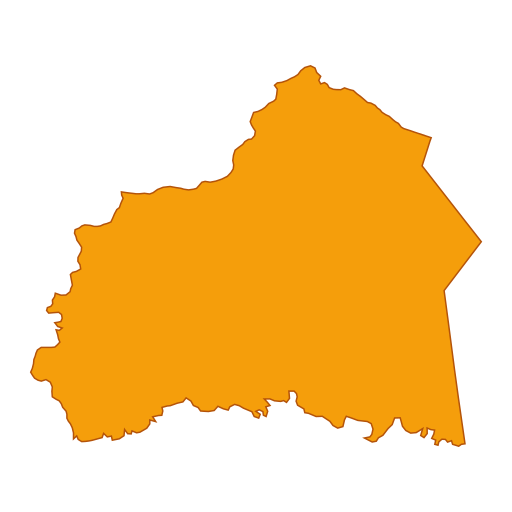 Feira da Mata, Bahia, Brazil
{"feature_id": "56859067B33620319124812", "entity_name": "Feira da Mata", "entity_type": "district", "adm_level": 2, "iso_a3": "BRA", "parent_name": "Brazil", "parent_adm1": "Bahia", "projection": "orthographic", "projection_center": [-44.283, -14.106], "detail": "fine", "context": "isolated", "style": "filled", "palette": "amber", "viewbox_px": 512, "rotation_deg": 0, "n_neighbors": 0, "source": "geoboundaries", "source_scale": "gbopen_adm2", "svg_char_len": 3889}
<svg xmlns="http://www.w3.org/2000/svg" viewBox="0 0 512 512"><path d="M401.2,127.1L398.4,123.4L395.5,121.8L392.8,119.6L389.3,116.4L385.7,114.7L382.0,112.3L379.9,109.7L377.4,108.0L375.2,105.4L370.9,103.1L367.5,102.5L364.2,99.6L360.8,96.7L356.9,93.8L353.4,90.6L349.4,89.6L344.5,87.9L340.8,89.7L336.5,89.6L333.3,89.3L329.1,87.6L327.3,84.4L324.5,82.6L320.7,83.9L318.8,80.3L320.7,76.3L316.7,72.5L315.0,68.0L310.5,65.8L304.8,67.5L300.8,70.7L298.0,74.5L294.5,76.8L291.1,78.3L286.9,80.6L281.8,82.3L277.3,82.9L274.5,85.3L277.3,89.1L276.7,94.4L275.8,99.2L273.6,101.2L268.8,103.5L265.2,107.3L262.0,109.5L258.1,111.4L253.6,112.5L251.9,117.1L250.2,121.6L251.5,124.9L253.3,128.0L255.4,131.1L254.6,135.7L251.5,139.1L248.4,139.4L244.9,141.6L242.8,144.4L238.7,147.4L235.1,150.2L233.5,155.2L232.8,160.5L233.7,165.0L233.2,169.0L231.0,172.5L227.4,176.3L221.8,179.1L215.9,181.1L210.2,182.2L205.1,181.4L201.9,182.2L198.9,185.7L196.5,188.4L193.5,189.2L188.6,189.9L183.8,189.2L180.9,188.3L176.1,187.6L170.1,186.5L163.1,187.3L157.5,189.5L153.1,192.7L149.6,194.0L144.4,193.3L139.3,193.8L136.0,193.8L132.0,193.3L128.4,192.9L125.4,192.5L121.4,191.9L121.7,195.1L123.1,198.3L120.8,203.5L119.4,207.6L116.8,209.6L114.5,213.9L112.7,218.2L110.9,222.0L106.8,223.6L103.7,224.4L100.5,225.9L97.4,226.4L94.1,226.4L90.4,225.4L84.8,224.9L81.9,225.9L79.3,228.0L75.1,229.7L74.5,233.2L76.0,236.6L76.9,240.1L79.4,243.7L81.6,247.2L81.3,251.2L79.8,254.1L78.0,257.5L77.9,261.3L80.0,264.7L80.7,269.0L76.4,271.4L72.6,272.4L70.4,274.5L71.2,278.9L72.4,285.2L70.7,288.8L70.1,291.7L66.0,295.0L61.0,295.2L58.2,294.2L55.3,293.2L54.6,296.8L52.4,300.1L52.7,303.8L50.9,306.3L47.4,307.6L46.6,310.5L48.7,313.1L53.2,312.7L58.7,312.3L61.5,314.5L62.2,318.3L60.9,321.5L58.0,322.2L54.8,322.7L57.7,326.5L62.2,328.0L59.3,330.4L56.1,329.8L57.7,334.8L58.5,338.8L59.9,342.1L57.2,345.0L54.8,347.1L51.4,347.4L46.4,347.4L41.2,347.4L37.4,350.0L36.0,353.2L35.2,356.2L33.9,359.5L33.5,363.8L32.3,368.5L30.7,372.2L32.7,375.5L34.6,378.2L38.0,380.2L41.3,381.1L46.0,379.6L50.3,382.2L52.3,386.9L51.9,391.3L52.3,396.8L56.0,399.2L59.2,400.8L61.3,403.7L62.7,407.3L66.1,411.2L66.9,414.2L66.9,418.2L68.4,421.2L70.4,423.8L72.3,427.8L73.5,432.9L73.5,438.9L76.7,435.9L78.2,439.4L81.7,441.6L85.4,441.4L88.6,441.0L91.8,440.4L102.1,437.6L103.6,433.4L107.3,436.9L111.4,436.1L112.3,440.2L119.3,438.8L124.0,435.7L124.6,429.5L127.7,433.7L131.2,433.9L132.0,430.9L136.6,432.8L139.9,432.2L146.8,428.2L149.8,423.9L149.8,420.0L155.7,421.6L152.7,416.8L158.5,415.5L161.8,415.3L162.8,411.0L162.0,407.4L167.2,406.0L170.2,405.7L177.2,403.2L182.9,401.9L186.1,397.9L190.9,401.0L193.4,405.5L198.1,407.5L200.6,411.0L204.9,411.3L208.4,411.5L214.2,410.5L217.9,406.3L223.4,408.8L228.2,410.1L229.8,406.8L234.6,404.4L239.3,405.7L243.5,408.2L251.9,411.7L254.2,416.5L258.7,418.1L260.2,414.3L255.8,411.3L259.2,409.8L262.9,411.6L263.4,415.2L266.1,416.5L267.7,411.3L265.8,406.8L270.0,405.5L267.4,402.3L264.3,399.0L269.9,398.9L274.5,400.8L280.6,401.4L283.7,400.6L286.5,402.4L289.5,398.4L288.9,391.1L294.1,391.1L296.5,393.6L297.2,396.8L296.1,401.2L297.6,405.2L303.9,408.9L304.8,412.7L308.5,413.3L316.1,416.5L322.3,416.3L329.9,421.3L333.0,425.5L337.7,428.1L342.9,426.6L344.5,419.8L346.3,416.3L351.1,417.9L357.8,420.4L367.3,421.5L371.2,423.6L373.0,429.1L371.8,434.4L369.9,436.9L364.4,438.0L372.2,442.0L376.3,441.2L378.4,437.8L382.9,435.3L388.1,428.5L392.2,424.6L394.6,418.0L400.2,417.8L402.5,426.3L405.8,430.5L410.7,433.1L416.2,432.6L422.7,428.6L420.7,435.5L424.0,437.6L427.2,433.6L427.1,428.0L430.8,429.6L434.6,430.1L433.8,434.1L431.7,438.4L435.7,440.1L434.8,444.3L438.0,445.2L438.8,441.9L441.9,439.2L445.4,439.4L447.6,442.1L451.5,440.7L452.6,444.3L458.7,446.2L461.4,444.3L465.0,443.8L458.3,397.2L454.5,369.6L448.4,322.9L444.1,290.6L481.3,241.7L468.7,225.6L465.3,221.3L422.1,165.9L429.9,141.3L431.2,137.7L414.3,132.1L410.9,130.9L403.8,128.6L401.2,127.1Z" fill="#f59e0b" stroke="#b45309" stroke-width="1.5"/></svg>